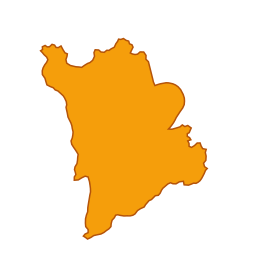 Biritiba Mirim, São Paulo, Brazil (Natural Earth projection), rotated 347°
{"feature_id": "56859067B18564095209636", "entity_name": "Biritiba Mirim", "entity_type": "district", "adm_level": 2, "iso_a3": "BRA", "parent_name": "Brazil", "parent_adm1": "São Paulo", "projection": "natural_earth1", "projection_center": [-46.024, -23.622], "detail": "fine", "context": "isolated", "style": "filled", "palette": "amber", "viewbox_px": 256, "rotation_deg": 347, "n_neighbors": 0, "source": "geoboundaries", "source_scale": "gbopen_adm2", "svg_char_len": 2746}
<svg xmlns="http://www.w3.org/2000/svg" viewBox="0 0 256 256"><g transform="rotate(347 128 128)"><path d="M199.4,166.4L196.1,164.9L195.2,161.9L194.9,158.8L192.0,158.2L188.8,160.1L185.5,161.2L183.4,159.6L184.0,156.7L183.3,154.0L186.6,153.6L185.8,151.2L183.9,149.5L184.5,146.9L186.6,146.3L188.1,144.2L189.6,142.2L186.8,139.0L183.7,139.4L181.6,137.2L178.9,138.6L174.7,138.9L170.5,139.1L167.2,138.1L169.7,136.4L171.5,134.9L173.7,132.9L175.8,130.6L177.3,128.7L182.4,123.8L184.1,122.3L185.8,120.8L188.0,117.9L189.1,114.5L189.6,111.5L189.3,107.7L187.9,102.4L186.0,99.0L184.0,96.8L181.6,95.0L177.8,93.2L175.3,92.5L171.5,92.3L169.3,92.2L166.1,92.4L163.8,92.7L163.1,88.9L163.1,85.6L162.8,68.0L160.9,65.0L161.9,61.3L160.4,57.5L156.9,56.6L153.9,58.2L151.4,58.0L149.0,56.9L147.1,55.4L148.9,53.1L151.1,50.4L150.6,47.8L148.4,46.3L148.2,43.5L145.8,42.1L143.7,39.8L141.0,40.1L138.8,39.3L137.4,41.2L135.2,43.1L132.8,46.2L129.3,47.1L127.0,48.1L124.8,47.5L121.9,48.9L118.8,47.9L117.0,45.4L113.6,44.4L111.8,46.9L111.5,50.6L108.8,54.1L105.6,55.7L103.2,56.0L99.9,57.1L96.5,58.5L93.9,57.5L91.2,56.7L88.9,55.6L85.9,54.1L82.9,51.1L82.9,47.4L84.7,44.4L85.6,42.1L83.5,40.6L82.4,37.5L81.2,33.0L78.1,34.0L76.0,33.3L75.1,30.7L72.8,29.4L69.7,31.2L67.5,30.8L65.8,28.9L62.8,29.6L62.4,32.3L60.2,33.1L61.5,35.2L62.6,37.5L64.7,40.6L65.3,43.4L63.4,45.8L61.1,47.7L58.8,50.3L57.3,53.0L56.6,56.7L58.3,61.0L58.4,63.6L58.7,67.7L61.4,70.0L64.3,72.0L65.6,74.5L68.0,76.1L70.2,79.2L72.1,82.0L73.0,84.5L73.8,88.4L73.5,91.7L72.3,93.8L72.2,96.4L72.2,99.7L72.0,103.8L72.6,106.5L73.5,110.2L73.8,113.2L73.6,116.0L73.6,119.5L72.7,122.3L71.4,125.3L69.6,127.8L69.5,131.2L70.6,134.4L71.6,136.9L72.7,139.9L73.5,142.6L72.5,144.9L71.6,147.9L70.3,151.2L67.6,154.0L66.5,156.5L66.7,159.2L66.7,161.7L64.7,163.6L63.9,166.8L67.9,167.4L71.8,166.1L75.4,165.3L78.1,166.7L78.4,171.6L78.1,175.7L77.8,178.5L77.1,181.9L75.7,184.9L74.4,188.1L72.8,191.9L71.0,196.4L69.8,200.7L68.0,203.3L66.2,206.9L65.1,211.1L64.6,214.6L66.3,218.0L65.6,221.0L62.3,221.7L60.2,223.3L62.0,225.1L63.6,227.1L67.2,226.3L70.4,225.1L73.6,225.1L77.8,225.2L81.0,224.4L84.0,223.0L86.7,222.0L89.2,220.2L90.1,217.4L91.7,214.3L94.6,212.3L96.3,210.2L98.4,210.2L100.8,211.4L104.3,212.8L107.0,213.3L110.3,214.1L113.1,214.1L115.5,213.3L118.7,210.6L122.0,209.4L126.0,208.6L127.8,206.7L129.7,205.3L132.1,203.5L134.8,203.0L137.2,201.5L139.4,200.1L142.4,200.4L144.6,198.8L146.8,196.0L148.5,194.5L151.0,193.2L154.2,191.5L157.1,190.9L159.2,192.4L162.2,193.2L166.0,192.0L170.0,192.4L169.9,196.0L174.1,197.3L176.5,197.0L179.5,196.5L181.8,197.2L183.9,196.7L186.2,195.6L188.2,193.9L189.9,192.0L192.0,189.5L194.0,186.7L196.1,185.3L193.9,182.9L193.7,179.3L196.6,177.0L197.8,172.9L197.8,169.3L199.4,166.4Z" fill="#f59e0b" stroke="#b45309" stroke-width="1.5"/></g></svg>